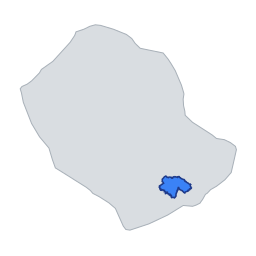 Thaba-Mokhele, Mohale's Hoek, Lesotho (highlighted), rotated 272°
{"feature_id": "5366337B93418008192528", "entity_name": "Thaba-Mokhele", "entity_type": "district", "adm_level": 2, "iso_a3": "LSO", "parent_name": "Lesotho", "parent_adm1": "Mohale's Hoek", "projection": "natural_earth1", "projection_center": [27.545, -30.078], "detail": "fine", "context": "in_parent", "style": "filled", "palette": "blue", "viewbox_px": 256, "rotation_deg": 272, "n_neighbors": 0, "source": "geoboundaries", "source_scale": "gbopen_adm2", "svg_char_len": 5169}
<svg xmlns="http://www.w3.org/2000/svg" viewBox="0 0 256 256"><g transform="rotate(272 128 128)"><path d="M172.7,179.9L164.9,182.5L163.8,182.7L158.7,182.1L152.0,182.8L146.8,184.2L142.7,184.7L136.0,192.2L123.9,212.5L120.6,216.8L119.7,224.7L116.9,231.0L113.4,236.0L110.1,237.1L100.0,235.2L87.1,232.7L79.6,226.6L72.9,218.5L69.3,212.7L65.6,209.5L64.4,207.7L59.1,205.0L57.1,203.6L55.4,202.6L53.3,198.7L52.0,195.3L52.5,185.9L48.8,180.3L42.4,170.7L38.4,162.9L32.9,152.2L29.5,143.0L26.0,133.5L26.5,129.4L29.8,126.7L39.6,121.9L47.2,118.2L52.6,111.4L58.5,101.3L61.4,95.2L64.3,92.5L67.4,88.2L72.9,78.7L79.1,68.1L85.6,56.8L93.9,53.5L105.2,49.7L116.1,39.9L129.1,31.5L150.0,22.5L159.7,20.2L163.4,18.9L165.8,20.6L168.3,25.7L171.8,30.1L180.0,37.6L183.5,39.4L192.0,50.6L201.1,58.3L211.5,67.1L218.6,71.5L222.3,72.7L225.2,80.5L228.3,86.3L230.0,91.7L229.6,97.0L226.2,110.0L221.4,123.2L217.5,128.7L212.8,132.2L208.1,137.4L206.3,148.0L204.2,160.5L198.2,165.7L193.5,169.0L187.0,173.2L172.7,179.9Z" fill="#d9dde1" stroke="#a8b0b8" stroke-width="1"/><path d="M81.2,180.9L81.3,180.6L81.1,180.2L81.1,179.8L80.4,179.4L80.6,179.2L80.6,178.9L80.8,178.8L80.6,178.4L80.7,177.9L81.0,177.3L80.8,176.9L80.7,176.7L80.8,176.1L81.0,175.8L80.8,175.5L80.7,175.2L80.7,174.9L80.5,174.7L80.3,174.6L79.8,174.5L79.8,174.3L79.4,174.2L79.3,173.8L79.3,173.6L79.6,173.4L79.8,173.1L80.0,173.0L80.3,172.9L80.4,172.6L80.3,172.2L80.2,172.1L80.4,171.5L80.4,171.2L80.4,170.7L80.2,170.4L80.0,170.0L79.8,169.9L80.0,169.6L80.0,169.1L80.0,168.9L80.0,168.7L80.4,168.6L80.6,168.5L81.2,167.7L81.3,167.5L81.3,167.4L81.0,167.1L81.0,166.9L80.6,166.3L80.3,165.9L79.7,165.5L79.5,165.3L78.8,164.8L78.6,164.7L78.3,164.2L78.0,164.0L76.7,164.1L76.3,164.1L76.0,164.0L75.7,164.0L75.4,164.4L75.3,164.5L75.1,164.8L75.0,165.0L74.9,165.2L74.7,165.2L74.5,165.3L74.4,165.3L74.4,165.2L74.2,165.2L74.0,165.3L73.9,165.4L73.8,165.2L73.6,164.8L73.4,164.6L72.9,164.2L72.8,163.9L72.7,163.7L72.8,163.5L72.7,163.4L72.3,163.2L71.9,162.5L71.7,162.3L71.5,161.8L71.3,161.8L71.2,161.7L70.9,161.6L70.9,161.4L70.7,161.4L70.6,161.5L70.5,161.9L70.4,161.9L70.2,161.6L70.1,161.4L69.8,161.3L69.7,161.4L69.5,161.7L69.3,161.8L69.2,161.8L68.9,162.0L68.7,162.4L68.5,162.1L68.3,161.9L68.2,161.9L68.1,162.0L68.0,162.3L67.8,162.8L67.7,162.9L67.3,162.8L67.0,162.8L67.0,163.2L66.9,163.7L67.1,163.8L67.4,163.9L67.5,164.0L67.4,164.6L67.5,165.1L67.4,165.2L67.3,165.3L67.2,165.3L67.0,165.2L66.9,165.2L66.7,165.3L66.7,165.5L66.6,165.9L66.8,166.1L66.9,166.5L66.6,166.5L66.3,166.6L66.2,166.8L66.0,167.2L65.9,167.3L65.7,167.3L65.6,167.2L65.6,167.3L65.5,167.6L65.4,167.7L65.3,167.8L65.0,167.7L64.9,167.8L64.7,167.8L64.4,167.8L64.1,167.6L63.8,167.7L63.9,167.9L63.8,168.1L64.1,168.4L64.3,168.4L64.8,168.4L64.9,168.6L65.0,168.7L65.2,168.9L65.4,169.2L65.4,169.3L65.3,169.5L65.2,169.7L64.9,169.6L64.6,169.5L64.4,169.5L64.2,169.8L63.8,169.8L63.7,169.9L63.8,170.2L63.8,170.4L63.7,170.9L63.7,171.1L63.3,171.2L62.9,171.2L62.6,171.5L63.0,172.0L63.2,172.5L62.8,172.6L62.3,172.4L62.1,172.5L62.2,172.9L62.3,173.0L62.6,172.9L62.7,173.0L62.2,173.6L61.9,173.8L61.2,173.8L61.0,173.7L60.8,173.6L60.7,173.5L60.5,173.8L60.4,173.9L60.1,174.0L60.3,174.3L60.2,174.4L60.1,174.5L60.1,174.9L60.1,175.0L60.3,175.3L60.3,175.5L60.3,175.9L60.1,176.3L59.7,176.6L59.7,176.8L59.8,177.0L60.4,177.4L60.6,177.7L60.8,177.7L61.0,177.7L61.2,177.8L61.3,178.1L61.5,178.2L61.7,178.3L61.8,178.4L62.0,178.3L62.6,178.3L62.7,178.2L62.9,178.3L63.2,178.3L63.7,178.4L63.8,178.3L64.1,178.5L64.4,178.5L64.6,178.6L64.8,178.6L65.0,178.7L65.1,178.9L65.4,178.8L65.5,178.8L66.0,179.2L66.4,179.4L66.8,179.4L67.2,179.5L67.3,179.6L67.3,179.3L67.5,179.4L67.6,179.6L67.9,179.6L68.0,179.6L68.6,180.0L69.0,180.2L69.4,180.0L69.7,180.0L69.8,180.2L69.9,180.3L70.1,180.4L70.1,180.5L70.3,180.5L70.3,180.8L70.1,180.9L69.6,180.8L69.3,180.9L69.2,181.2L68.9,181.4L68.8,181.6L68.6,181.6L68.4,181.8L68.2,181.9L68.1,182.5L67.9,182.8L67.8,183.1L67.6,183.3L67.4,183.4L67.4,183.8L67.3,184.5L66.9,184.8L66.6,184.9L66.5,185.0L66.0,185.8L65.6,185.9L65.5,186.3L65.4,186.4L65.1,186.7L65.0,186.9L65.0,187.1L65.3,187.2L65.8,187.4L65.9,187.5L66.0,187.6L66.2,187.9L66.3,188.2L66.4,188.3L66.5,188.5L66.6,188.8L66.7,189.0L66.7,189.4L66.7,189.5L66.8,189.8L67.2,189.9L67.1,190.0L67.4,190.3L67.4,190.5L67.6,190.5L68.1,190.6L68.2,190.8L68.1,191.1L68.2,191.5L68.3,191.6L68.4,191.8L68.8,192.0L69.0,192.2L69.3,192.0L69.3,192.3L69.4,192.5L69.5,192.6L69.5,192.9L69.7,193.0L69.8,193.0L69.9,193.3L70.0,193.4L70.3,193.5L70.5,193.2L70.8,193.0L71.0,193.0L71.0,192.9L71.3,192.8L71.4,192.7L71.7,192.6L71.8,192.5L72.0,192.5L72.1,192.4L72.3,192.2L72.5,192.2L73.0,192.3L73.5,192.4L73.7,192.6L73.9,192.3L74.1,192.2L73.9,191.8L73.8,191.6L74.3,190.9L74.7,190.4L74.8,190.3L74.9,190.2L75.1,189.8L75.1,189.7L75.3,189.6L75.3,189.4L75.5,189.1L75.5,188.9L75.6,188.7L76.0,188.3L76.3,188.1L76.5,187.9L76.5,187.7L76.4,187.3L76.4,187.2L76.6,187.0L76.8,186.9L77.1,186.9L77.1,186.6L77.3,186.5L77.3,186.4L77.6,186.3L77.8,186.3L77.8,186.2L78.0,186.1L78.2,185.9L78.4,185.9L78.4,185.7L78.5,185.4L78.6,185.2L78.7,184.6L78.8,184.4L78.9,184.2L79.1,183.4L79.3,183.3L79.4,182.9L79.5,182.6L80.2,182.1L80.3,181.3L80.5,181.2L80.8,181.0L81.0,181.0L81.2,180.9Z" fill="#3b82f6" stroke="#1e3a8a" stroke-width="1.5"/></g></svg>